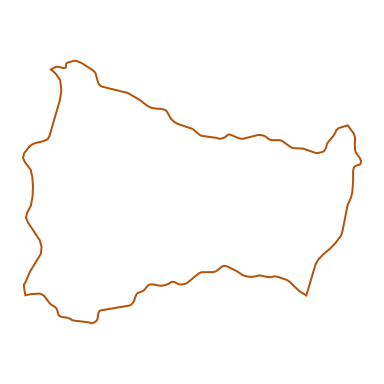 the Department of Paysandú
{"feature_id": "URY-8", "entity_name": "Paysandú", "entity_type": "Department", "adm_level": 1, "iso_a3": "URY", "parent_name": "Uruguay", "parent_adm1": "", "projection": "equal_earth", "projection_center": [-57.298, -32.042], "detail": "fine", "context": "isolated", "style": "outline", "palette": "amber", "viewbox_px": 384, "rotation_deg": 0, "n_neighbors": 0, "source": "natural_earth", "source_scale": "10m", "svg_char_len": 3077}
<svg xmlns="http://www.w3.org/2000/svg" viewBox="0 0 384 384"><path d="M23.9,285.0L24.0,284.5L25.6,282.0L29.9,271.8L40.8,253.9L41.6,247.0L39.8,240.3L28.0,222.5L26.0,217.6L27.0,212.9L30.8,205.8L32.5,196.9L33.0,186.6L32.3,176.8L30.6,169.6L25.2,162.6L23.0,158.0L24.2,153.2L28.9,147.1L31.6,144.8L35.4,143.0L43.6,141.1L47.7,139.2L49.5,135.9L59.8,100.4L61.4,90.3L60.1,80.0L55.5,73.4L51.0,69.5L51.6,69.2L54.4,67.5L57.0,66.7L59.8,67.1L62.7,68.0L64.7,67.9L65.6,67.8L65.8,67.6L66.0,65.3L66.2,64.1L66.7,63.2L67.5,62.6L73.9,60.8L75.3,60.7L77.1,61.1L81.6,63.1L93.1,70.4L94.6,71.9L95.2,72.8L95.7,73.8L97.9,81.9L98.3,83.0L98.8,84.0L99.4,84.8L100.2,85.6L101.1,86.1L102.3,86.7L127.8,93.0L140.1,100.2L146.0,104.9L147.8,106.1L151.9,108.0L156.1,108.6L161.0,108.8L164.2,109.7L166.0,110.5L166.8,111.4L170.6,118.1L171.9,119.8L174.2,121.9L178.1,124.1L191.8,128.6L193.7,129.7L200.1,135.3L202.1,135.9L216.7,137.9L218.9,138.7L220.4,138.7L222.1,138.4L224.5,137.4L225.8,136.6L226.8,135.7L227.6,135.0L228.7,134.6L230.0,134.5L237.6,137.8L241.1,138.8L243.1,138.7L258.1,135.0L260.1,135.0L263.1,135.5L264.7,136.1L265.9,136.8L269.3,139.4L270.4,139.8L271.5,140.1L278.8,140.1L280.7,140.4L282.1,140.9L290.8,147.2L293.0,148.0L294.2,148.2L303.1,148.6L315.3,152.8L316.4,153.0L318.3,152.9L321.2,152.3L323.4,151.5L324.4,150.7L325.2,149.6L326.1,147.7L326.4,146.6L326.9,144.0L328.0,142.3L333.3,135.9L334.8,133.5L335.8,131.6L336.1,130.3L338.7,128.1L347.8,125.4L353.5,133.1L354.3,135.1L355.0,137.4L355.1,138.9L354.8,143.9L355.0,149.3L355.4,151.1L355.9,152.5L360.0,158.3L360.6,159.7L361.0,161.2L360.8,162.8L360.4,163.9L359.8,164.6L359.0,164.9L357.6,165.2L355.7,165.9L354.9,166.5L354.1,167.2L353.5,168.8L353.1,171.2L353.1,180.9L353.0,182.5L352.3,192.3L351.1,197.1L350.2,199.4L348.2,203.5L347.4,206.2L342.3,231.7L341.0,235.7L335.8,242.6L330.0,248.7L323.6,254.0L318.5,259.2L315.6,264.3L306.3,295.4L300.8,292.1L298.5,290.3L289.1,281.4L287.2,280.1L277.8,276.8L274.8,276.4L273.6,276.5L271.5,277.1L269.8,277.2L267.5,277.0L260.9,275.6L259.0,275.4L254.7,276.6L251.0,276.8L247.2,276.5L243.0,275.4L237.6,271.7L228.2,266.8L225.6,266.1L223.7,265.8L222.8,266.2L221.1,267.3L217.8,270.0L216.1,271.1L215.1,271.6L212.9,272.1L202.0,272.2L200.4,272.6L198.5,273.6L187.3,282.8L186.0,283.5L184.3,284.0L181.2,284.6L179.5,284.4L177.8,283.8L174.1,281.9L172.7,281.8L171.4,282.0L168.8,283.7L165.8,284.9L161.4,285.8L159.7,285.7L153.6,284.5L151.3,284.4L149.5,284.5L148.6,285.1L147.1,286.5L145.7,288.1L145.2,288.9L143.6,290.6L142.8,291.1L138.7,292.6L137.8,293.0L137.0,293.7L136.4,294.6L135.5,296.5L135.4,296.9L135.3,297.1L134.2,300.4L133.7,301.4L132.5,303.2L131.7,304.1L130.1,305.4L100.2,310.5L99.4,311.2L98.8,312.2L98.4,313.3L98.1,314.6L97.5,319.2L96.7,320.5L95.5,321.7L92.9,323.1L91.4,323.3L90.1,323.0L89.2,322.4L74.1,320.6L72.0,320.1L70.3,318.8L66.7,317.6L62.6,317.1L60.5,316.6L59.2,315.9L58.7,315.2L58.5,314.7L57.4,310.8L56.5,308.7L55.9,307.8L55.2,307.1L51.4,304.8L50.6,304.1L49.8,303.4L45.1,297.2L44.5,296.4L43.8,295.6L42.6,294.8L40.7,293.9L39.3,293.6L30.5,294.2L25.4,295.3L24.4,290.2L23.9,285.0Z" fill="none" stroke="#b45309" stroke-width="2"/></svg>